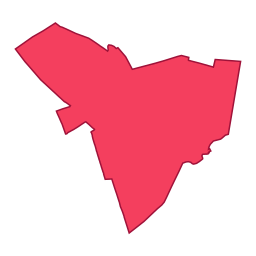 outline of Santa Gertrudis, Oaxaca, Mexico
{"feature_id": "50627088B89208011470792", "entity_name": "Santa Gertrudis", "entity_type": "district", "adm_level": 2, "iso_a3": "MEX", "parent_name": "Mexico", "parent_adm1": "Oaxaca", "projection": "natural_earth1", "projection_center": [-96.798, 16.776], "detail": "fine", "context": "isolated", "style": "filled", "palette": "rose", "viewbox_px": 256, "rotation_deg": 0, "n_neighbors": 0, "source": "geoboundaries", "source_scale": "gbopen_adm2", "svg_char_len": 2897}
<svg xmlns="http://www.w3.org/2000/svg" viewBox="0 0 256 256"><path d="M215.2,59.5L213.4,67.1L199.2,63.1L188.7,60.4L188.4,60.1L188.8,57.4L181.4,55.5L177.8,56.4L164.1,60.7L155.4,63.2L134.6,68.7L132.3,69.3L125.6,56.7L117.9,47.7L116.2,48.5L114.1,46.5L111.5,45.3L108.8,44.9L107.9,46.1L107.9,47.5L108.2,50.0L107.6,51.1L102.8,47.7L99.9,45.8L99.3,45.3L93.2,41.1L88.7,38.2L75.6,33.4L70.5,31.0L62.4,27.3L60.1,26.6L55.4,23.0L42.9,31.0L32.7,36.8L15.4,49.0L25.0,61.7L28.7,65.9L40.7,79.8L64.5,101.8L65.6,102.2L65.9,102.5L66.7,103.0L69.2,104.8L69.4,105.1L69.8,105.3L70.4,105.5L69.9,106.6L62.8,108.8L56.4,111.1L57.4,113.7L59.2,117.6L59.6,118.5L60.5,120.6L60.7,121.0L61.0,121.7L61.3,122.5L61.6,123.0L62.1,124.1L65.6,134.0L66.4,133.9L66.9,133.7L67.6,132.9L68.2,132.4L68.8,132.1L69.4,131.8L69.6,131.7L70.5,131.2L70.8,131.0L72.3,130.2L72.5,130.0L72.9,129.9L73.8,129.4L75.2,128.5L75.9,128.1L78.1,126.7L78.4,126.5L78.9,126.2L79.3,125.9L79.7,125.6L80.1,125.4L80.6,125.0L84.7,122.3L85.8,121.8L89.0,124.5L92.5,127.8L94.5,129.3L94.1,130.0L93.6,130.4L93.1,130.7L92.6,130.9L92.2,131.1L91.8,131.4L91.3,131.7L91.3,131.8L91.1,131.9L91.0,132.1L91.5,132.9L91.9,134.1L92.3,135.5L92.3,136.0L92.5,137.0L92.8,138.2L93.0,139.1L93.5,140.7L93.8,141.8L94.1,142.7L94.3,143.4L94.5,144.1L94.8,144.8L95.0,145.4L95.2,146.0L95.9,148.5L96.5,151.1L97.2,152.8L97.3,153.8L97.4,154.0L97.5,154.2L97.7,154.6L97.9,155.5L97.9,155.8L98.3,156.6L98.5,157.2L98.5,157.7L98.7,158.1L98.9,158.3L98.9,159.0L99.1,159.2L99.2,159.5L99.2,159.8L99.4,160.3L99.5,160.6L99.6,160.9L99.8,161.5L99.9,161.9L100.0,162.4L100.1,162.7L100.2,163.0L100.3,163.3L100.4,163.5L100.5,163.8L100.6,164.0L100.7,164.3L100.7,164.6L100.9,165.1L101.0,165.4L101.1,165.7L101.1,165.9L101.3,166.4L101.5,167.3L101.8,168.0L101.9,168.3L102.0,168.9L102.3,169.4L102.3,169.7L102.4,170.0L102.6,170.5L102.7,171.0L102.9,171.5L103.0,171.8L103.3,172.6L103.6,173.1L103.6,173.8L103.7,174.4L105.2,179.3L111.8,179.0L114.4,187.2L116.0,192.0L116.3,192.8L117.3,195.9L119.0,201.3L119.3,202.0L120.4,206.6L122.1,210.7L122.6,212.0L124.0,216.1L124.2,217.2L129.2,233.0L144.0,221.4L153.9,212.0L154.2,211.7L155.0,211.0L157.5,208.6L159.8,206.7L160.1,206.4L161.1,205.6L161.7,205.1L164.2,202.1L166.6,197.2L171.4,186.9L174.8,179.8L179.1,171.0L182.7,163.2L185.8,162.0L187.1,161.8L188.2,161.7L188.5,161.7L190.9,162.3L191.2,162.8L191.5,163.0L191.9,163.3L192.4,163.7L192.9,163.9L193.1,163.9L193.4,164.0L193.7,164.1L194.4,163.9L196.0,163.5L196.3,163.4L196.7,163.3L197.1,163.0L197.8,162.5L199.3,161.6L202.6,159.0L202.7,158.5L202.4,157.1L202.1,156.7L201.9,155.9L202.5,154.4L203.1,154.3L203.7,154.2L204.5,154.2L205.6,154.1L206.8,154.1L207.1,154.1L208.4,153.7L209.1,152.6L208.6,152.3L209.7,151.5L210.8,151.0L209.6,148.7L208.5,149.3L208.7,147.8L209.3,146.2L210.3,144.3L211.8,142.7L213.4,141.0L220.4,139.2L221.4,138.6L224.2,136.2L225.3,135.2L228.3,134.3L240.6,61.4L215.2,59.5Z" fill="#f43f5e" stroke="#9f1239" stroke-width="1.5"/></svg>